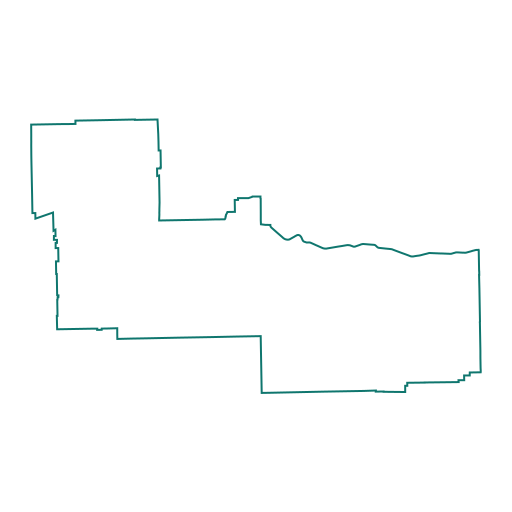 the district of Chittering, Western Australia, Australia, rotated 89°
{"feature_id": "25037944B8066772871928", "entity_name": "Chittering", "entity_type": "district", "adm_level": 2, "iso_a3": "AUS", "parent_name": "Australia", "parent_adm1": "Western Australia", "projection": "albers", "projection_center": [116.041, -31.358], "detail": "fine", "context": "isolated", "style": "outline", "palette": "teal", "viewbox_px": 512, "rotation_deg": 89, "n_neighbors": 0, "source": "geoboundaries", "source_scale": "gbopen_adm2", "svg_char_len": 5285}
<svg xmlns="http://www.w3.org/2000/svg" viewBox="0 0 512 512"><g transform="rotate(89 256 256)"><path d="M253.7,33.3L253.8,34.6L253.8,35.4L253.8,35.8L253.9,36.2L254.0,36.9L254.2,37.6L254.5,39.0L255.1,41.1L256.1,45.0L256.2,45.4L256.3,45.8L256.3,46.2L256.4,46.6L256.4,47.4L256.3,48.0L256.3,48.6L256.2,50.6L256.0,52.9L255.9,54.8L255.9,55.4L255.9,56.0L256.0,56.3L256.1,56.8L256.3,57.4L256.4,58.0L256.8,59.3L257.0,60.1L257.1,60.5L257.2,60.8L257.2,61.1L257.2,61.3L257.2,61.5L257.2,62.0L257.1,63.6L256.7,70.4L256.7,71.2L256.1,81.6L256.0,82.1L256.1,82.7L256.1,83.1L256.2,83.4L256.8,85.8L257.0,86.8L257.7,89.7L258.2,91.7L258.3,92.4L258.4,92.8L258.6,94.8L258.9,97.0L259.2,98.9L259.2,99.2L259.2,99.6L259.2,99.9L259.2,100.2L259.1,100.6L259.1,100.9L259.0,101.3L258.9,101.6L257.9,104.0L256.7,107.1L256.5,107.6L255.8,109.5L252.1,118.9L251.8,119.5L251.6,120.2L251.5,120.6L251.5,120.9L251.4,121.3L250.8,126.5L250.0,133.0L249.9,133.3L249.8,133.7L249.6,134.0L249.4,134.3L249.2,134.6L247.8,136.0L247.3,136.6L247.1,137.0L247.0,137.3L246.9,137.7L246.6,141.1L245.9,148.2L245.9,148.5L245.9,148.8L245.9,149.1L245.9,149.4L246.0,149.7L246.1,150.0L246.1,150.3L246.2,150.7L246.7,151.9L248.3,156.8L248.4,157.0L248.4,157.4L248.4,157.8L248.4,158.2L248.3,158.5L247.4,160.7L247.3,161.1L247.1,161.4L247.0,161.8L246.9,162.1L246.9,162.5L246.8,162.9L246.8,163.3L246.7,163.7L246.7,164.1L246.7,164.5L246.8,164.9L246.8,165.3L247.6,170.5L248.0,173.6L249.0,180.1L249.7,184.8L249.8,185.2L249.8,185.6L249.8,186.1L249.8,186.5L249.8,186.9L249.7,187.3L249.7,187.7L249.6,188.1L249.5,188.5L249.4,188.9L249.2,189.2L249.1,189.6L246.9,194.3L246.1,196.1L245.5,197.3L243.7,201.1L243.6,201.4L243.6,201.6L243.5,201.8L243.4,202.0L243.4,202.5L243.4,202.9L243.4,203.2L243.4,203.8L243.4,204.1L243.4,204.3L243.4,204.6L243.4,204.9L243.4,205.1L243.3,205.4L243.2,205.7L242.6,207.4L242.5,207.7L242.2,208.1L242.0,208.4L241.7,208.7L241.3,208.9L241.2,209.0L240.1,209.5L238.9,210.0L238.6,210.1L238.1,210.4L237.8,210.5L237.3,210.9L236.9,211.2L236.6,211.5L236.3,211.8L236.2,212.0L236.0,212.4L235.9,212.6L235.8,213.0L235.7,213.5L235.8,214.1L235.8,214.4L235.9,214.6L236.0,214.8L236.1,215.0L236.9,216.6L237.3,217.2L238.1,218.7L239.6,221.5L239.9,222.0L240.0,222.2L240.0,222.5L240.1,222.8L240.2,223.0L240.2,223.3L240.2,223.6L240.2,224.1L240.2,224.6L240.1,225.1L239.9,225.8L239.9,226.0L239.7,226.5L239.6,226.8L239.4,227.1L239.3,227.3L239.1,227.6L238.9,227.9L238.7,228.2L237.5,229.5L236.5,230.6L234.7,232.6L233.0,234.5L227.7,240.3L227.4,240.5L227.1,240.7L226.8,240.9L226.4,241.0L226.0,241.1L225.6,241.1L225.2,241.1L225.0,246.3L224.4,250.5L220.4,250.6L214.6,250.5L198.7,250.3L198.5,250.5L196.6,250.5L196.6,252.2L196.5,258.6L196.8,258.8L198.0,262.5L197.8,273.0L199.6,273.0L199.6,276.3L211.5,276.3L211.5,283.7L211.5,283.8L213.2,284.6L214.3,285.3L215.2,285.4L215.4,285.4L215.5,285.6L215.9,285.7L216.1,285.7L216.4,285.8L216.6,285.7L217.4,285.9L217.7,286.0L218.0,286.1L218.5,286.4L218.7,286.6L218.8,286.7L218.7,295.5L218.8,309.0L218.8,326.1L218.8,352.2L218.7,352.2L217.7,352.2L216.2,352.1L214.6,352.0L213.1,351.9L211.7,351.9L210.7,351.9L209.3,351.8L207.7,351.8L203.1,351.6L201.0,351.5L199.6,351.5L198.9,351.5L197.5,351.5L196.7,351.5L195.0,351.5L193.5,351.5L191.7,351.5L190.7,351.5L189.8,351.5L187.6,351.5L186.1,351.5L183.7,351.5L182.2,351.5L181.8,351.5L178.8,351.5L177.8,351.5L177.0,351.5L176.0,351.5L175.4,351.5L175.2,351.5L173.8,351.5L174.3,353.4L174.0,353.4L168.3,353.4L166.8,353.4L166.8,350.1L165.8,350.1L165.8,349.6L157.5,349.6L155.8,349.6L152.7,349.6L148.8,349.6L148.8,351.5L140.4,351.5L140.2,351.5L132.4,351.6L117.8,352.1L117.8,374.7L117.4,374.7L117.5,409.7L117.5,415.5L117.5,434.2L120.8,434.2L120.8,441.8L120.8,442.0L120.8,442.4L120.8,442.5L120.7,450.0L120.7,456.0L120.7,473.3L120.7,478.5L130.7,478.6L135.7,478.7L137.5,478.7L141.4,478.8L141.7,478.8L152.6,478.9L160.0,478.9L190.8,478.8L193.9,478.8L197.9,478.8L201.7,478.8L202.8,478.8L209.2,478.8L209.2,475.9L214.3,475.9L214.8,475.9L214.7,475.6L209.0,458.2L209.4,458.2L217.3,458.1L227.0,458.0L227.3,458.0L226.2,456.1L226.4,456.1L232.6,456.1L232.5,457.7L236.3,457.8L236.3,457.0L236.4,455.5L236.4,454.7L239.4,454.8L239.4,456.1L244.6,456.2L244.6,453.6L246.9,453.6L257.9,453.6L257.9,456.1L263.6,456.1L270.5,456.1L270.5,455.5L285.2,455.5L291.7,455.5L291.9,454.2L293.6,454.3L293.5,455.0L294.0,455.1L295.1,455.1L296.4,455.3L296.4,455.5L296.5,455.5L297.0,455.5L312.4,455.5L312.4,456.2L325.8,456.1L325.8,436.1L325.8,434.6L325.8,429.7L325.8,429.0L325.8,423.8L325.8,421.4L325.9,416.0L327.1,416.1L327.1,411.6L325.9,411.5L325.9,405.6L325.8,396.0L332.6,396.1L336.5,396.1L336.4,381.3L336.4,376.6L336.4,372.5L336.4,372.2L336.4,367.2L336.3,334.2L336.3,301.5L336.2,276.8L336.2,262.8L336.2,252.7L343.0,252.7L353.1,252.7L367.9,252.7L380.9,252.7L393.0,252.7L393.0,244.0L392.8,190.7L392.8,171.4L392.8,150.5L392.6,138.5L393.7,138.6L393.7,130.8L394.0,130.8L394.6,109.2L388.4,109.1L388.4,107.0L385.4,107.0L385.5,89.6L385.4,89.6L385.6,55.6L383.7,55.7L383.8,50.0L379.1,50.0L379.2,44.4L376.2,44.3L376.2,33.4L375.1,33.3L372.1,33.4L361.7,33.4L355.0,33.3L351.6,33.3L349.2,33.3L347.0,33.3L339.8,33.3L336.1,33.3L334.1,33.3L331.8,33.3L326.6,33.3L326.0,33.4L325.9,33.3L325.7,33.2L315.8,33.2L311.2,33.2L304.9,33.2L292.5,33.2L278.8,33.3L278.8,33.1L275.0,33.1L274.9,33.2L254.0,33.2L253.7,33.3Z" fill="none" stroke="#0f766e" stroke-width="2"/></g></svg>